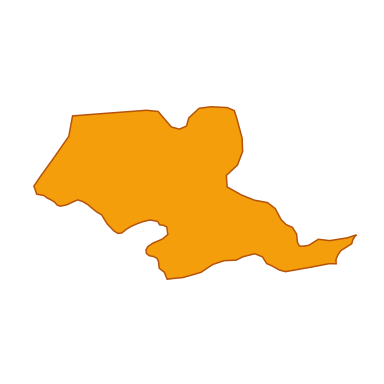 outline of Diamare, Extrême-Nord, Cameroon, rotated 260°
{"feature_id": "32672807B30054475581978", "entity_name": "Diamare", "entity_type": "district", "adm_level": 2, "iso_a3": "CMR", "parent_name": "Cameroon", "parent_adm1": "Extrême-Nord", "projection": "equal_earth", "projection_center": [14.242, 10.617], "detail": "fine", "context": "isolated", "style": "filled", "palette": "amber", "viewbox_px": 384, "rotation_deg": 260, "n_neighbors": 0, "source": "geoboundaries", "source_scale": "gbopen_adm2", "svg_char_len": 1440}
<svg xmlns="http://www.w3.org/2000/svg" viewBox="0 0 384 384"><g transform="rotate(260 192 192)"><path d="M96.3,321.5L100.6,322.1L104.8,324.8L108.5,328.5L113.3,340.3L115.5,341.3L117.1,342.2L120.1,344.8L121.3,346.7L119.9,337.2L120.2,319.1L123.5,308.2L119.2,297.6L119.4,291.8L120.1,288.4L124.2,287.1L132.4,287.7L139.7,284.8L143.6,279.0L149.2,275.0L161.2,271.1L168.5,264.5L169.9,260.7L173.2,251.8L180.5,240.2L190.8,227.5L202.4,228.7L210.6,241.4L223.1,248.9L236.4,250.7L256.6,248.9L264.8,247.8L269.0,241.4L272.7,225.3L273.2,213.5L265.5,201.7L257.9,198.0L256.1,190.5L259.6,183.0L273.1,175.0L277.2,172.6L280.4,161.3L285.8,107.3L287.7,87.6L268.2,80.3L250.3,62.5L233.9,45.7L225.3,37.3L216.8,38.7L214.3,45.5L211.2,48.4L208.8,51.7L205.7,55.1L202.6,56.9L200.9,59.8L201.0,62.8L201.1,66.4L203.2,74.1L204.1,78.1L201.7,82.5L197.6,87.3L192.0,91.9L188.4,95.2L185.3,99.0L180.6,100.8L175.2,103.0L167.0,108.5L164.1,111.9L163.9,115.8L166.7,120.9L168.7,126.0L170.4,133.0L171.4,139.0L171.7,145.9L169.0,153.1L165.3,154.4L164.0,158.3L161.9,161.1L154.4,160.8L150.8,154.8L148.5,144.8L146.1,139.3L143.0,136.6L139.3,136.5L136.7,138.8L135.0,143.2L132.8,146.0L129.5,146.9L124.5,146.6L122.6,146.5L117.8,150.8L110.4,152.4L109.9,161.7L109.3,167.9L111.3,186.8L117.0,199.8L118.8,211.7L117.2,223.6L119.4,231.0L120.3,243.1L115.9,250.1L108.6,253.1L105.2,258.1L99.9,264.6L97.3,270.3L97.3,296.5L97.6,314.3L96.3,321.5Z" fill="#f59e0b" stroke="#b45309" stroke-width="1.5"/></g></svg>